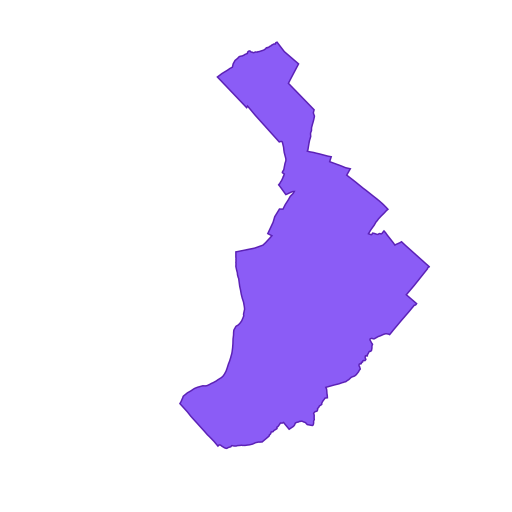 Tansa, Iasi, Romania (Robinson projection), rotated 233°
{"feature_id": "2599482B58349207668580", "entity_name": "Tansa", "entity_type": "district", "adm_level": 2, "iso_a3": "ROU", "parent_name": "Romania", "parent_adm1": "Iasi", "projection": "robinson", "projection_center": [27.249, 46.905], "detail": "fine", "context": "isolated", "style": "filled", "palette": "violet", "viewbox_px": 512, "rotation_deg": 233, "n_neighbors": 0, "source": "geoboundaries", "source_scale": "gbopen_adm2", "svg_char_len": 6083}
<svg xmlns="http://www.w3.org/2000/svg" viewBox="0 0 512 512"><g transform="rotate(233 256 256)"><path d="M415.2,391.2L415.5,390.9L415.4,390.6L415.6,390.1L416.0,389.8L416.0,389.1L415.7,388.5L415.8,386.1L417.5,381.1L418.0,380.6L418.1,379.6L419.3,378.3L419.6,377.1L419.7,376.6L420.1,376.1L421.0,375.7L421.6,375.0L422.3,374.7L423.3,374.6L423.9,373.9L424.0,373.0L423.9,372.1L422.9,371.0L423.2,370.2L423.4,369.2L423.6,368.6L423.7,367.0L423.9,366.4L423.9,365.8L425.1,363.3L425.3,362.3L424.9,360.2L424.8,357.0L423.2,353.4L421.0,350.8L421.3,349.0L421.5,347.6L421.5,346.4L421.6,344.6L422.2,338.7L422.2,332.9L380.1,337.8L380.8,339.5L368.6,340.1L333.1,343.2L332.8,344.2L332.0,345.5L331.6,345.6L330.9,345.5L326.3,343.5L323.8,342.0L321.6,340.8L316.0,338.5L314.7,337.7L313.9,336.9L312.5,334.9L310.7,332.9L310.1,332.2L308.6,330.6L307.8,329.4L307.6,328.4L307.3,327.9L306.7,327.2L304.4,327.9L303.5,326.5L303.1,325.7L303.0,325.8L300.8,321.7L300.4,320.4L299.2,317.7L299.4,317.6L299.2,316.9L297.7,317.0L287.1,316.8L286.8,317.9L285.9,322.2L285.6,323.5L285.3,324.2L284.5,325.4L283.6,323.4L283.0,319.2L281.4,315.6L279.5,310.4L277.2,305.7L279.4,303.0L276.1,294.6L272.6,289.9L266.8,278.9L262.6,280.9L260.9,271.8L260.5,268.0L263.1,259.7L271.4,242.4L269.5,241.0L267.3,239.3L266.1,238.6L265.3,237.9L264.0,237.0L262.9,236.0L261.9,235.4L259.7,233.6L256.3,232.0L253.8,231.0L252.1,229.9L249.6,228.9L248.4,228.6L241.7,224.8L238.0,223.1L234.3,221.2L230.5,219.6L226.7,218.3L222.4,216.1L220.4,214.9L217.1,211.1L216.7,210.8L215.9,210.4L215.5,210.1L214.1,207.8L212.8,205.5L212.0,202.9L211.8,201.9L211.6,200.0L211.9,198.0L211.7,197.2L211.3,196.3L210.9,195.5L210.5,194.4L210.0,193.6L209.5,193.1L208.3,192.0L206.4,190.5L203.5,187.7L199.6,184.6L198.4,183.5L196.9,182.2L194.0,179.4L192.6,177.9L191.1,175.9L189.9,174.4L189.0,173.1L188.1,171.9L186.4,169.1L183.7,165.3L182.0,162.7L180.6,159.6L179.9,157.4L179.7,155.2L180.1,150.9L180.1,149.2L180.6,145.6L181.1,143.7L181.3,141.9L181.9,139.0L182.5,137.7L184.4,135.3L185.0,133.8L186.3,130.5L187.1,127.7L187.3,126.3L187.5,122.5L188.0,118.9L187.8,113.7L187.5,113.0L186.9,112.3L186.3,111.1L184.8,108.5L183.9,106.4L172.7,107.4L167.1,107.5L147.2,109.3L142.6,109.6L140.2,110.0L133.2,110.9L131.2,111.0L127.1,111.2L127.2,112.0L127.3,112.4L127.3,112.8L127.0,113.2L126.8,113.5L126.5,113.7L125.9,114.0L124.6,114.3L121.6,115.5L120.5,116.3L120.1,116.7L119.9,117.1L119.8,118.3L119.4,119.6L119.0,120.5L118.8,121.1L119.1,122.0L119.2,122.4L119.1,122.7L117.8,123.8L116.8,124.9L116.5,125.4L116.3,125.7L116.0,126.2L115.8,127.0L114.1,129.6L114.0,129.9L113.7,130.5L112.7,131.4L112.0,132.4L111.4,133.1L111.0,133.8L110.5,134.8L109.1,137.2L107.9,140.0L107.5,141.7L107.2,143.2L107.0,143.7L105.7,146.4L105.0,147.1L104.4,148.2L103.8,148.9L104.3,157.8L104.5,158.5L105.1,159.0L105.1,159.9L105.2,160.6L105.6,161.3L106.3,162.2L106.1,162.8L105.6,163.4L105.5,163.7L105.5,164.1L105.8,165.0L105.8,165.8L105.7,166.5L105.6,167.7L105.5,168.8L105.6,169.0L106.3,169.4L106.7,169.6L106.6,170.7L106.7,171.5L107.4,173.6L107.8,174.7L107.9,175.0L107.0,176.1L106.8,176.3L106.6,177.2L106.5,177.8L97.7,178.2L97.4,183.4L97.8,185.0L98.9,186.9L98.6,188.5L97.8,190.2L97.8,191.1L97.3,191.6L97.1,192.3L96.5,193.2L95.4,193.9L94.9,194.1L93.9,194.8L93.1,195.3L91.9,195.3L90.5,195.5L86.7,199.0L86.7,200.1L87.9,201.5L89.3,202.5L89.8,203.2L90.2,204.0L90.7,204.4L91.2,204.6L93.9,206.7L94.4,206.9L95.6,207.3L96.0,208.4L96.1,209.7L95.4,211.2L96.1,212.7L96.5,212.9L97.1,213.3L97.4,215.1L98.1,216.4L97.9,218.0L98.0,219.3L98.8,219.8L99.5,221.1L100.1,222.7L100.6,224.6L100.8,225.0L101.0,225.3L100.7,226.1L99.8,227.7L101.9,229.1L103.3,229.8L106.7,232.0L107.4,232.3L109.1,232.7L105.9,240.9L104.0,245.3L102.9,248.8L102.4,249.9L102.2,250.8L101.8,251.6L101.6,252.0L101.6,254.3L101.4,255.5L101.8,258.9L101.6,260.0L100.9,262.2L100.8,263.4L100.9,264.7L101.9,268.4L102.6,269.7L102.9,271.1L103.5,271.5L104.3,271.7L105.1,272.1L105.7,272.1L106.6,272.4L107.0,272.7L107.5,273.4L107.4,274.0L107.3,274.4L106.8,274.6L106.7,274.8L106.7,275.2L106.8,275.5L107.6,276.2L107.5,276.9L107.2,277.1L107.2,277.4L107.4,277.7L107.9,278.2L108.0,278.6L107.7,279.2L106.9,280.0L107.1,281.0L107.4,281.6L108.3,281.7L108.9,281.9L109.4,282.2L109.9,282.8L110.3,283.1L110.3,283.6L110.1,283.9L109.7,284.2L109.3,284.5L109.2,284.8L110.1,285.5L110.3,285.8L110.3,286.2L110.5,286.7L111.5,288.8L111.5,289.3L111.3,289.6L111.0,289.9L110.9,290.3L110.9,290.6L111.1,291.3L111.2,291.6L111.8,292.2L112.3,292.7L112.6,293.1L113.4,293.7L114.2,294.3L115.0,295.2L115.1,295.7L115.4,295.9L115.9,296.0L116.4,295.9L120.4,296.5L120.9,296.9L121.1,297.4L121.0,297.9L120.7,298.7L120.2,299.2L119.4,299.7L119.0,300.1L118.7,300.6L118.1,305.2L117.4,307.3L116.6,310.9L115.9,312.7L115.6,313.2L113.8,314.9L112.8,315.4L113.6,318.8L113.7,319.0L113.9,320.0L114.0,320.2L117.1,333.6L119.3,343.8L121.4,352.7L121.2,353.0L121.0,353.6L120.9,354.2L121.0,354.7L121.3,355.6L134.6,352.7L137.2,364.3L142.6,385.3L143.0,385.7L143.2,386.3L143.3,386.9L143.1,387.7L143.2,387.9L174.6,381.7L179.8,380.8L180.0,378.9L180.3,377.7L180.4,377.1L180.8,375.7L181.1,374.2L181.1,373.5L183.8,373.6L193.7,373.4L196.6,373.5L199.0,373.3L198.5,371.1L198.2,370.4L198.3,369.5L198.4,369.1L198.8,368.9L199.4,368.4L199.7,367.9L199.8,367.2L199.8,366.6L200.0,366.2L200.4,365.7L202.8,364.1L204.1,362.9L203.5,361.4L203.5,361.1L203.8,360.7L206.1,359.2L207.9,363.7L209.5,369.0L210.9,372.2L211.3,374.2L211.9,376.0L212.6,379.9L213.2,384.5L213.7,387.1L213.9,389.5L220.3,388.7L225.9,387.6L242.5,383.3L245.5,382.4L255.3,380.0L266.0,377.1L268.9,383.8L272.7,380.6L276.6,378.3L287.0,371.6L290.0,375.8L292.5,373.5L299.5,368.0L302.1,365.8L303.9,364.4L307.1,361.4L308.9,360.1L309.8,361.6L314.1,366.1L316.0,368.2L318.5,371.6L320.2,372.7L321.4,373.6L322.8,375.8L325.0,377.5L327.2,380.3L328.3,381.8L330.1,384.1L332.1,386.4L332.6,386.9L335.0,387.6L336.0,388.1L337.8,390.4L374.4,385.8L376.6,390.3L383.8,405.6L402.2,401.6L414.1,401.5L414.4,400.4L414.4,400.0L413.8,399.3L413.7,399.1L413.8,398.8L414.2,398.4L414.5,397.9L414.7,397.4L414.7,396.5L414.9,395.8L415.0,395.2L414.8,394.2L415.1,393.4L415.1,393.1L415.1,392.1L415.2,391.2Z" fill="#8b5cf6" stroke="#5b21b6" stroke-width="1.5"/></g></svg>